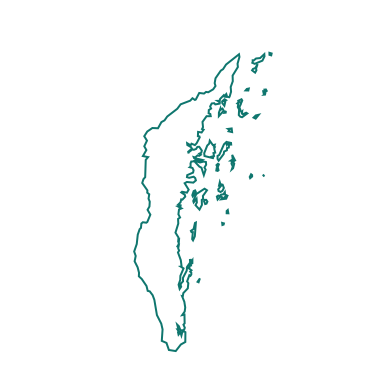 the border of Tanintharyi, rotated 199°
{"feature_id": "MMR-3279", "entity_name": "Tanintharyi", "entity_type": "Division", "adm_level": 1, "iso_a3": "MMR", "parent_name": "Myanmar", "parent_adm1": "", "projection": "orthographic", "projection_center": [98.437, 12.445], "detail": "fine", "context": "isolated", "style": "outline", "palette": "teal", "viewbox_px": 384, "rotation_deg": 199, "n_neighbors": 0, "source": "natural_earth", "source_scale": "10m", "svg_char_len": 6147}
<svg xmlns="http://www.w3.org/2000/svg" viewBox="0 0 384 384"><g transform="rotate(199 192 192)"><path d="M172.1,41.4L175.1,52.5L178.2,57.5L185.1,64.2L192.5,77.8L195.6,81.6L199.6,84.3L201.7,84.1L204.4,88.3L211.2,93.4L214.8,95.0L215.8,98.4L218.9,103.1L223.7,107.8L224.4,113.2L227.3,116.9L227.3,124.8L229.4,134.0L229.4,139.8L228.6,141.4L229.6,145.7L228.6,147.4L225.2,148.1L224.5,149.1L224.0,157.0L228.2,160.7L227.5,164.4L228.8,169.1L230.9,171.5L231.7,175.9L234.1,176.8L234.7,179.0L242.0,184.3L242.1,188.3L241.1,190.8L246.2,207.3L244.9,210.7L250.1,210.0L248.8,216.8L252.0,219.7L251.3,225.9L255.3,229.2L254.0,234.6L250.3,239.6L244.9,241.2L243.7,248.1L241.3,250.8L240.0,255.3L233.0,265.9L231.3,271.2L223.4,277.8L222.1,280.8L219.2,280.0L218.5,280.7L217.4,288.0L212.7,289.0L211.3,291.2L209.1,291.6L205.4,296.0L204.3,299.9L206.0,302.3L206.8,307.2L204.3,316.1L202.6,318.3L201.3,323.6L192.4,337.5L191.1,335.1L190.7,328.1L189.3,325.1L191.5,315.3L189.5,310.0L189.6,303.9L187.7,299.5L187.5,294.5L187.7,293.7L189.8,293.5L191.5,295.8L192.1,294.3L191.1,293.0L192.4,292.7L193.5,293.8L195.7,289.2L195.5,287.3L197.5,286.5L194.9,285.9L194.6,284.6L198.5,282.4L199.9,283.2L202.2,282.1L202.7,278.8L201.1,277.1L202.8,275.0L201.9,271.8L200.1,271.7L199.0,269.8L202.9,268.4L204.9,261.7L202.7,256.9L203.0,254.8L201.3,254.7L202.3,251.4L205.8,250.8L204.6,246.7L203.1,247.0L202.5,246.2L203.5,239.6L204.5,237.3L208.2,237.5L208.5,235.7L212.5,236.6L211.7,234.9L207.5,234.1L206.2,233.0L208.7,228.8L207.7,227.3L208.2,228.3L205.4,232.5L204.0,232.5L202.1,234.1L201.6,236.4L199.9,237.1L196.2,234.4L196.0,232.1L197.5,230.7L195.8,230.1L197.0,228.5L198.6,228.5L200.3,225.7L201.8,225.6L201.1,224.8L192.7,225.7L194.4,224.0L199.3,223.2L200.9,221.2L202.6,220.6L202.7,218.6L201.6,215.6L202.2,214.7L199.4,214.9L197.6,213.1L197.3,210.7L202.0,206.4L201.6,204.4L199.3,204.5L195.4,207.0L193.5,206.2L192.1,204.2L193.8,201.3L200.1,199.8L201.8,197.9L195.9,193.1L196.6,189.7L201.5,189.0L202.0,188.1L197.9,187.0L196.9,185.4L198.6,181.6L199.8,181.5L199.5,178.5L201.0,175.5L198.4,175.7L198.2,174.6L200.2,173.7L196.6,173.1L198.6,171.3L197.6,166.5L195.0,164.0L196.4,162.0L194.7,157.7L194.4,148.2L189.9,144.5L189.2,141.7L188.7,142.5L187.6,138.2L188.3,134.9L187.1,136.8L186.7,134.2L185.1,132.4L185.6,130.3L180.4,123.9L177.6,118.2L178.4,117.8L175.1,117.0L175.7,108.9L174.5,105.0L174.5,100.0L172.1,96.3L171.4,98.9L172.6,100.5L172.5,102.2L171.4,104.6L172.6,107.9L171.4,115.9L172.3,119.7L170.8,124.7L171.8,127.1L170.9,127.5L169.7,126.3L169.4,127.5L168.5,124.8L169.8,123.4L169.0,122.2L170.2,121.3L169.8,119.4L170.8,119.0L167.0,117.8L167.8,116.1L166.4,115.5L165.8,113.7L166.2,112.2L167.4,112.5L167.5,105.9L165.8,104.6L164.6,99.5L167.3,93.6L166.7,90.2L167.4,90.2L163.5,85.7L160.8,80.6L160.0,76.6L161.2,72.4L159.2,73.6L156.2,65.4L156.9,63.8L154.6,61.3L154.6,59.6L155.7,58.2L157.9,57.5L160.7,60.8L162.8,61.8L160.2,57.8L161.2,57.4L159.2,55.9L159.6,54.9L158.3,52.8L157.3,55.6L155.3,52.9L155.6,56.5L154.1,57.7L152.6,57.3L149.5,48.0L152.9,44.2L155.6,36.3L162.4,35.1L167.0,41.0L172.1,41.4ZM187.9,183.9L187.3,191.4L181.2,199.2L178.4,198.5L180.4,191.8L179.2,189.1L180.2,187.7L178.4,183.0L179.2,177.8L184.4,180.7L184.0,183.7L185.5,187.1L187.0,182.7L187.9,183.9ZM191.9,230.1L193.1,232.7L192.7,240.9L191.5,243.3L191.9,246.3L187.5,243.1L185.9,244.1L185.9,241.9L185.0,241.9L185.1,240.2L182.9,236.8L184.4,235.8L182.9,233.2L184.8,231.9L182.4,230.9L191.9,230.1ZM177.0,230.3L178.6,231.6L179.6,234.4L178.3,235.9L177.3,247.5L176.0,250.0L174.4,247.9L174.0,249.6L172.6,250.1L173.6,250.8L171.1,251.1L170.4,249.6L172.4,248.8L171.7,246.0L173.2,244.9L172.6,242.8L174.8,240.7L174.4,238.2L177.0,230.3ZM193.3,218.4L199.1,221.5L199.0,222.4L194.1,222.5L190.8,224.6L188.6,224.9L187.5,222.4L188.2,219.2L186.4,217.6L186.3,211.8L191.0,218.1L193.3,218.4ZM176.4,287.3L176.9,290.4L178.0,290.5L177.2,292.0L178.0,293.3L175.4,295.8L174.3,294.9L174.4,293.0L175.6,292.6L174.4,291.4L174.8,287.6L172.4,284.6L171.2,283.6L170.8,284.4L170.4,282.4L169.3,282.1L166.6,284.6L165.3,284.3L169.0,279.0L170.8,278.9L172.8,280.0L174.3,285.3L176.4,287.3ZM178.0,333.9L176.7,333.9L177.5,336.3L176.4,336.6L174.9,339.1L171.2,340.8L168.5,345.9L167.6,343.8L168.2,339.1L174.4,333.6L178.0,333.9ZM164.7,196.8L163.7,198.9L161.5,200.1L160.9,202.5L159.9,200.3L157.8,200.1L159.3,198.0L159.0,197.2L157.4,198.4L157.5,196.8L162.0,194.6L161.2,196.7L163.4,197.2L165.3,193.2L167.0,195.8L166.0,197.2L164.7,196.8ZM178.1,154.3L179.4,153.9L180.4,154.9L178.4,157.5L179.1,163.7L178.4,164.4L174.9,151.0L175.3,146.6L176.5,147.5L178.1,154.3ZM166.5,207.4L168.5,206.7L168.9,210.3L167.7,208.7L165.4,208.9L163.2,206.2L163.6,203.0L165.1,201.3L167.2,201.6L168.1,203.1L166.5,207.4ZM164.1,236.1L166.1,240.2L161.6,235.9L162.5,235.2L162.2,232.9L161.3,232.5L160.9,227.8L161.7,226.4L161.7,229.3L163.9,231.7L164.2,234.5L165.6,234.2L164.1,236.1ZM191.5,279.2L190.3,280.8L188.5,279.2L191.3,272.5L192.4,275.8L192.3,280.4L191.5,279.2ZM171.6,329.6L170.7,328.0L171.2,325.4L174.8,326.6L174.4,328.2L172.5,329.8L171.6,334.3L171.6,329.6ZM189.5,284.1L192.3,285.9L193.0,287.5L191.4,290.3L189.8,289.9L191.5,288.3L189.9,288.1L189.5,284.1ZM190.7,189.1L190.7,193.4L189.6,194.5L188.4,193.3L189.8,188.1L190.7,189.1ZM175.6,184.9L177.7,187.3L177.3,188.7L176.0,189.2L174.3,187.9L174.5,185.7L175.6,184.9ZM154.0,286.8L155.7,282.1L158.0,282.4L156.6,285.2L154.0,286.8ZM176.8,263.0L178.4,263.4L175.2,265.0L173.6,261.7L177.2,261.3L176.8,263.0ZM155.6,307.5L155.1,308.4L156.4,308.7L157.5,310.5L156.0,311.2L156.8,312.4L155.5,313.0L154.3,311.9L155.2,310.8L154.7,307.9L155.6,307.5ZM164.1,348.8L161.8,348.9L161.6,347.0L163.4,346.9L164.1,348.8ZM175.6,226.9L175.7,224.2L176.3,223.9L177.6,225.4L176.7,227.1L175.6,226.9ZM141.5,224.0L142.3,225.0L141.9,228.0L140.7,227.6L140.2,226.2L141.5,224.0ZM174.4,305.5L173.7,307.3L172.0,308.3L171.8,306.3L174.4,305.5ZM176.4,222.4L175.1,222.9L174.0,221.2L174.6,220.3L176.0,220.2L176.4,222.4ZM150.7,183.7L152.3,183.2L153.0,185.3L152.3,186.6L150.7,183.7ZM156.4,108.8L157.5,108.9L156.4,112.9L156.4,108.8ZM151.6,172.7L151.5,171.5L152.5,170.7L153.4,172.6L151.6,172.7ZM186.4,279.7L186.0,278.0L187.0,277.5L186.4,279.7ZM130.7,231.5L129.6,231.0L128.7,230.2L130.7,231.5Z" fill="none" stroke="#0f766e" stroke-width="2"/></g></svg>